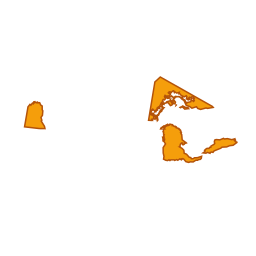 South New Georgia-Rendova, Western, Solomon Islands (orthographic projection), rotated 320°
{"feature_id": "97153195B70216176300277", "entity_name": "South New Georgia-Rendova", "entity_type": "district", "adm_level": 2, "iso_a3": "SLB", "parent_name": "Solomon Islands", "parent_adm1": "Western", "projection": "orthographic", "projection_center": [157.385, -8.25], "detail": "fine", "context": "isolated", "style": "filled", "palette": "amber", "viewbox_px": 256, "rotation_deg": 320, "n_neighbors": 0, "source": "geoboundaries", "source_scale": "gbopen_adm2", "svg_char_len": 6102}
<svg xmlns="http://www.w3.org/2000/svg" viewBox="0 0 256 256"><g transform="rotate(320 128 128)"><path d="M151.5,137.9L151.2,137.4L151.6,137.8L151.9,136.7L152.7,137.4L154.7,136.4L155.4,134.2L155.1,133.7L154.3,134.0L154.6,133.8L154.5,133.1L154.2,132.6L155.9,132.5L155.3,131.4L154.8,131.3L158.0,129.5L158.3,130.0L159.1,129.6L159.3,132.3L159.9,132.3L158.9,132.9L159.8,133.5L161.3,132.6L162.0,133.2L163.0,131.5L164.7,131.4L164.8,132.1L166.2,131.6L166.4,132.7L166.5,131.6L170.3,129.9L171.7,130.5L172.2,129.1L173.4,128.8L174.0,129.9L174.9,129.8L176.4,129.0L176.7,127.8L176.0,127.8L176.2,127.3L177.4,126.8L178.2,128.8L179.0,129.0L178.2,130.0L178.0,128.9L176.9,129.5L177.2,130.4L176.8,130.3L177.9,131.1L178.9,131.1L178.8,130.6L180.0,130.9L180.4,129.8L181.9,129.8L182.2,129.4L181.7,128.0L182.9,128.4L182.3,127.3L182.8,127.5L183.0,126.9L184.4,128.5L186.4,128.5L186.9,128.9L186.3,130.6L187.1,130.4L187.8,132.6L190.2,133.6L189.0,134.5L189.7,135.0L189.7,137.1L191.2,140.3L193.4,140.8L193.3,141.8L191.5,143.2L191.9,144.2L193.9,144.0L192.5,145.3L193.6,145.7L194.5,144.7L195.6,144.8L196.1,146.2L196.9,145.2L198.0,146.2L197.8,147.9L197.1,147.6L196.4,149.6L195.3,149.7L195.1,150.4L195.2,149.3L195.5,148.8L194.5,148.0L194.7,146.9L192.9,148.2L189.8,146.5L189.1,146.7L189.0,145.0L188.3,143.9L187.2,147.9L189.1,151.3L189.7,153.9L194.1,155.7L194.0,157.9L195.5,160.4L200.6,162.8L201.5,164.1L206.5,167.0L206.5,165.7L185.5,109.7L178.2,110.0L148.7,135.3L151.5,137.9ZM166.7,162.1L166.6,160.9L165.7,159.8L165.6,158.9L165.1,158.8L165.2,157.2L164.9,157.2L164.2,155.9L164.2,154.3L163.6,154.4L163.9,153.8L162.7,152.1L161.6,151.5L162.2,152.4L161.3,152.3L161.0,152.1L161.4,151.6L160.8,151.9L160.7,151.2L160.3,151.7L157.8,150.9L156.8,151.2L157.2,150.6L156.6,150.1L155.9,150.5L155.7,151.7L155.4,151.1L154.8,152.1L154.0,152.0L153.2,153.2L152.4,153.4L152.5,154.2L151.2,155.7L151.4,156.4L150.6,156.6L150.4,157.4L149.5,157.4L149.6,158.5L148.8,158.8L148.9,160.0L148.0,160.8L147.6,160.2L147.4,160.9L147.9,161.1L146.9,160.9L146.7,160.3L146.5,160.5L146.9,161.4L146.5,164.3L142.3,165.6L138.9,169.8L137.3,172.9L135.2,174.7L136.2,177.0L137.4,178.4L139.0,178.7L139.2,179.9L140.3,179.9L142.9,182.1L142.9,182.8L145.0,183.5L145.4,184.7L147.9,185.0L148.3,186.4L148.7,186.0L149.2,186.1L149.3,186.7L150.3,186.7L150.7,187.6L150.7,191.0L152.4,193.4L153.9,193.9L156.1,195.9L159.3,196.3L160.6,197.5L161.7,197.5L163.2,198.5L164.6,198.4L166.2,197.0L162.0,195.3L159.9,193.6L158.0,193.3L156.8,192.3L157.1,191.0L156.1,189.8L156.0,185.7L154.8,183.5L156.5,180.9L156.3,178.3L155.4,175.8L155.9,176.1L156.0,175.3L157.7,174.1L159.5,173.9L160.2,174.6L159.2,175.4L159.3,176.3L160.8,176.6L162.7,175.3L161.9,171.9L164.9,167.6L164.9,166.4L165.8,166.0L165.6,165.0L166.2,165.0L166.6,163.9L166.3,161.7L166.7,162.1ZM49.5,60.6L59.7,71.4L64.0,75.1L65.1,73.0L66.0,66.9L67.0,66.7L68.1,64.0L70.6,63.3L73.8,60.1L74.0,58.9L76.4,56.0L75.9,54.2L76.6,51.8L75.5,51.1L75.3,49.9L74.5,49.7L74.8,50.3L74.4,50.3L73.8,48.9L73.0,48.7L73.5,47.9L72.5,47.4L71.8,48.0L72.2,48.3L70.9,48.6L70.7,47.5L68.2,48.1L68.1,46.9L65.0,47.5L49.5,60.6ZM202.8,204.9L200.0,203.6L197.3,200.0L194.8,198.4L194.5,197.3L190.7,196.1L188.1,193.5L186.7,193.0L185.2,194.1L184.6,195.5L183.5,195.8L179.9,195.2L179.0,196.0L178.1,195.3L176.9,195.7L175.5,194.4L174.3,194.2L172.3,194.3L172.3,195.1L171.5,195.5L169.5,195.3L171.5,197.4L173.1,197.7L174.6,200.1L175.3,199.6L176.8,200.3L177.4,201.3L179.3,200.9L186.0,203.1L187.7,203.1L191.4,205.9L194.5,206.9L197.4,208.8L202.1,209.1L202.3,208.8L201.7,208.1L202.1,207.2L201.6,206.7L202.4,206.1L201.7,205.7L202.8,204.9ZM186.3,136.0L184.6,134.2L182.5,134.3L180.9,135.0L180.2,136.5L178.0,134.3L174.8,132.9L174.4,133.5L175.0,134.6L174.9,138.1L176.3,138.6L177.5,138.4L177.8,136.0L178.8,137.4L178.9,139.1L179.6,139.6L181.0,138.7L181.1,135.6L181.7,135.0L184.3,134.8L186.3,136.0ZM187.4,151.4L187.1,151.8L187.0,150.9L185.2,149.0L184.1,146.3L182.2,146.2L183.3,147.2L183.6,150.0L186.6,151.9L187.1,152.0L187.4,151.4ZM168.4,135.6L167.1,134.7L167.0,135.2L163.3,135.6L160.2,137.0L157.8,136.9L158.2,137.5L159.6,137.8L162.3,136.6L164.6,136.8L165.5,136.2L168.4,135.6ZM189.5,143.1L187.9,139.2L187.8,137.2L186.5,136.0L187.7,137.9L187.9,140.7L189.1,144.6L189.5,143.1ZM157.9,137.8L157.1,136.8L157.1,137.6L156.4,138.0L155.9,139.9L155.0,141.1L155.8,140.7L155.4,141.2L156.1,141.1L157.9,137.8ZM171.0,132.4L170.2,131.5L168.6,132.4L170.3,132.4L170.7,132.9L171.0,132.4ZM157.0,133.3L156.3,132.5L155.5,132.7L156.0,134.0L157.0,133.3ZM155.5,149.9L155.3,149.3L153.3,149.3L153.5,150.0L155.5,149.9ZM148.7,159.9L148.4,159.3L148.1,159.6L148.0,158.5L147.3,159.9L148.7,159.9ZM160.1,151.2L159.8,150.4L157.6,150.0L159.3,150.4L160.1,151.2ZM174.5,132.7L174.1,132.9L172.9,133.1L173.8,133.5L174.5,132.7ZM157.3,149.8L156.8,149.4L155.7,149.5L155.9,149.9L157.3,149.8ZM163.1,177.0L163.0,176.1L162.7,175.9L162.5,176.8L163.1,177.0ZM182.1,132.1L181.9,131.4L180.9,131.6L182.1,132.1ZM182.0,146.1L181.6,145.7L181.1,145.7L181.4,146.3L182.0,146.1ZM168.2,134.2L168.2,133.3L167.9,133.3L167.4,134.2L168.2,134.2ZM153.0,150.2L153.1,149.4L152.4,149.7L153.0,150.2ZM189.4,139.8L189.8,139.2L189.4,139.1L189.4,139.8ZM164.9,133.5L165.2,132.9L164.4,133.1L164.9,133.5ZM156.7,136.5L155.8,136.6L155.9,137.1L156.4,136.9L156.7,136.5ZM182.7,133.2L182.2,133.3L182.5,134.0L182.4,133.4L182.7,133.2ZM156.9,135.6L156.7,135.1L156.4,135.5L156.9,135.6ZM155.9,135.2L155.4,134.8L155.2,135.3L155.6,135.5L155.9,135.2ZM155.7,137.9L155.4,138.0L155.1,138.4L155.4,138.4L155.7,137.9ZM171.6,132.1L171.2,132.0L171.1,132.8L171.3,132.7L171.6,132.1ZM179.3,133.3L178.9,132.9L179.0,133.4L179.3,133.3ZM154.8,138.5L154.4,138.2L154.2,138.3L154.3,138.7L154.8,138.5ZM154.7,133.7L154.9,133.1L154.6,133.1L154.7,133.7ZM156.9,137.1L156.5,137.2L156.4,137.5L156.8,137.4L156.9,137.1ZM164.6,132.9L164.7,132.4L164.2,132.7L164.6,132.9ZM148.6,158.2L148.5,157.9L148.1,158.4L148.6,158.2ZM164.9,156.7L165.1,156.8L164.9,156.4L164.9,156.7ZM179.8,141.5L180.3,141.0L179.8,141.3L179.5,141.5L179.8,141.5ZM178.7,137.8L178.6,137.3L178.2,136.8L178.7,137.8ZM158.6,150.7L158.9,150.7L158.5,150.5L158.6,150.7ZM182.7,135.3L183.1,135.2L182.6,135.2L182.7,135.3Z" fill="#f59e0b" stroke="#b45309" stroke-width="1.5"/></g></svg>